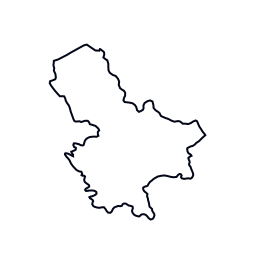 Akciabrski, Gomel, Belarus, rotated 67°
{"feature_id": "67162791B76840313346110", "entity_name": "Akciabrski", "entity_type": "district", "adm_level": 2, "iso_a3": "BLR", "parent_name": "Belarus", "parent_adm1": "Gomel", "projection": "albers", "projection_center": [28.984, 52.671], "detail": "fine", "context": "isolated", "style": "outline", "palette": "ink", "viewbox_px": 256, "rotation_deg": 67, "n_neighbors": 0, "source": "geoboundaries", "source_scale": "gbopen_adm2", "svg_char_len": 3960}
<svg xmlns="http://www.w3.org/2000/svg" viewBox="0 0 256 256"><g transform="rotate(67 128 128)"><path d="M37.2,170.0L39.2,171.0L41.3,172.2L44.1,172.5L46.1,173.8L48.2,173.8L49.8,173.7L53.2,174.6L54.7,175.9L54.7,178.7L54.5,181.4L56.1,182.5L58.6,182.3L61.6,181.6L65.1,180.7L67.9,179.8L70.2,179.0L72.2,178.3L73.0,176.2L73.9,174.4L76.0,174.2L78.4,174.6L81.0,174.4L84.0,173.7L86.6,173.7L90.5,174.3L94.1,174.5L98.0,174.7L100.4,174.7L101.6,173.7L102.3,171.7L102.9,170.0L104.2,168.7L104.4,166.5L104.6,164.6L105.7,162.2L107.4,161.6L109.6,161.6L111.7,159.0L113.4,157.1L116.9,155.5L119.0,155.5L119.7,157.2L121.7,158.1L123.6,158.3L123.8,160.2L122.7,162.6L122.3,163.5L121.4,166.7L121.4,168.7L121.9,171.0L123.0,172.7L124.7,174.2L126.2,175.3L126.4,176.4L125.3,178.3L123.8,179.4L121.7,182.2L121.0,183.9L122.3,185.0L124.5,185.0L125.8,183.7L127.5,184.6L127.7,185.5L127.7,188.0L127.7,189.5L129.0,189.5L131.0,189.0L132.5,189.6L130.9,191.0L128.9,192.5L127.9,193.6L126.9,195.1L126.9,195.9L127.8,196.4L128.8,196.2L130.7,195.8L132.2,195.2L134.1,194.6L135.9,194.4L137.4,194.4L138.7,194.3L141.3,193.7L142.6,193.3L144.2,192.7L146.4,191.9L148.8,190.0L150.1,188.0L152.5,188.1L153.2,189.2L154.0,188.7L154.8,187.1L155.8,186.5L157.0,187.4L158.4,188.5L159.9,188.9L160.0,188.9L161.4,188.6L163.0,187.7L164.3,186.8L165.5,186.2L166.8,186.6L167.2,188.4L167.4,190.1L167.8,191.3L168.4,191.7L169.5,191.3L170.0,190.0L170.3,188.5L170.9,187.0L171.4,185.5L172.7,183.4L174.4,182.2L176.0,182.5L176.7,183.8L176.9,186.1L176.8,187.6L176.5,189.4L176.6,190.6L177.9,190.4L179.2,189.4L180.5,188.7L181.6,188.6L182.5,189.5L183.5,190.3L184.2,190.7L186.4,190.4L187.4,189.6L189.1,187.6L190.3,185.5L190.9,182.7L191.5,181.1L193.8,180.4L196.1,180.1L198.2,179.3L199.1,177.5L198.8,176.0L197.7,174.7L196.5,173.3L195.8,171.7L195.8,169.9L195.9,167.5L197.0,165.6L197.2,164.0L196.1,162.7L195.9,161.6L196.6,159.7L198.0,158.7L199.6,157.7L200.4,156.5L201.0,155.6L202.2,154.5L203.8,154.9L205.0,156.0L206.0,156.8L207.6,156.9L209.9,156.4L211.1,155.6L212.0,154.8L213.8,152.4L213.5,151.1L213.0,150.1L213.0,148.5L213.7,146.9L214.9,145.6L216.8,144.8L219.3,144.1L221.1,142.9L221.3,141.0L220.8,139.8L219.8,138.7L218.7,137.8L217.3,137.4L215.4,137.8L214.1,138.0L212.9,137.9L212.0,137.5L209.9,138.4L209.0,138.9L207.7,138.7L206.3,138.3L205.0,138.0L203.3,137.8L202.2,137.7L200.6,137.2L199.7,137.2L198.9,137.2L197.4,136.7L196.4,135.9L194.2,136.8L193.2,137.5L191.9,137.9L190.1,137.9L188.8,137.3L188.6,136.3L188.6,134.8L188.8,133.8L188.8,132.5L187.7,131.2L187.1,130.3L186.2,128.8L185.8,127.1L184.9,124.3L184.6,122.3L184.3,119.6L185.0,115.9L185.9,113.0L187.5,110.6L189.7,107.7L191.1,105.4L192.0,102.4L190.8,100.4L190.5,98.5L191.2,97.4L192.7,97.2L193.9,98.4L195.3,98.2L196.8,96.2L197.4,93.7L197.9,92.1L199.1,90.2L198.7,88.5L197.6,87.0L196.5,86.2L194.8,85.8L192.9,85.8L190.4,85.8L188.2,85.6L186.1,86.2L184.8,85.7L183.6,84.6L182.3,84.3L180.7,84.4L179.2,84.2L178.5,82.3L178.4,80.4L177.4,80.5L176.2,81.2L175.0,82.1L174.0,82.3L172.7,82.3L170.8,81.9L169.7,81.2L169.4,77.6L169.8,75.4L169.3,72.9L168.4,71.0L167.9,68.0L166.0,63.2L164.8,59.6L163.2,59.9L160.4,60.8L158.0,61.1L154.4,61.8L152.0,61.8L148.8,61.8L147.5,62.8L147.5,65.3L147.5,65.8L148.0,68.0L147.9,71.1L146.5,73.4L145.4,75.9L142.5,77.4L141.2,79.1L140.4,82.6L138.9,84.5L135.6,87.2L133.5,89.5L131.2,91.8L129.7,93.0L126.4,93.2L124.5,94.3L122.4,95.7L119.5,96.6L117.0,95.7L113.2,95.1L111.3,96.8L110.9,99.5L111.5,103.0L113.2,104.9L115.9,106.0L117.0,107.0L117.4,109.3L117.4,111.6L115.1,112.7L111.9,112.2L109.4,112.7L107.1,114.1L105.4,116.4L104.2,118.5L102.7,121.0L100.8,121.4L98.5,119.7L97.3,118.1L94.4,116.8L92.1,117.2L90.4,118.5L88.3,119.7L84.9,119.7L81.8,118.0L78.7,118.0L75.3,119.0L73.2,121.3L70.0,123.2L67.3,123.4L64.2,122.3L61.1,121.0L57.5,120.6L56.2,121.6L53.5,123.1L51.2,121.2L49.1,120.5L48.1,120.7L47.0,121.4L44.7,122.6L44.4,123.0L45.6,124.2L43.9,127.7L39.9,130.3L35.1,133.4L34.7,136.5L35.4,143.3L36.2,150.9L36.9,156.0L37.6,165.6L37.2,170.0Z" fill="none" stroke="#020617" stroke-width="2"/></g></svg>